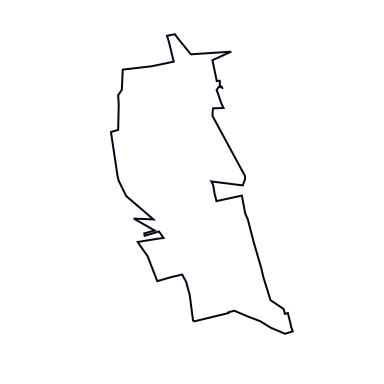 the district of Palmillas, Tamaulipas, Mexico, rotated 348°
{"feature_id": "50627088B12819325491793", "entity_name": "Palmillas", "entity_type": "district", "adm_level": 2, "iso_a3": "MEX", "parent_name": "Mexico", "parent_adm1": "Tamaulipas", "projection": "mercator", "projection_center": [-99.548, 23.265], "detail": "fine", "context": "isolated", "style": "outline", "palette": "ink", "viewbox_px": 384, "rotation_deg": 348, "n_neighbors": 0, "source": "geoboundaries", "source_scale": "gbopen_adm2", "svg_char_len": 1386}
<svg xmlns="http://www.w3.org/2000/svg" viewBox="0 0 384 384"><g transform="rotate(348 192 192)"><path d="M178.5,60.6L149.7,57.9L144.6,77.5L139.9,82.0L138.5,91.2L132.7,115.9L125.2,116.5L123.0,152.8L122.5,160.5L122.6,165.2L122.6,165.5L126.8,182.3L148.6,210.8L129.5,205.9L147.4,221.9L136.7,222.6L136.6,225.0L151.5,223.8L154.6,231.0L147.4,230.5L128.5,229.6L130.5,234.6L135.2,245.5L139.5,272.0L154.3,270.9L165.2,270.7L165.7,272.4L167.3,277.6L167.6,278.9L168.1,288.0L168.2,289.4L168.4,291.6L166.3,317.9L167.3,319.0L202.4,318.0L202.4,317.3L203.1,317.2L205.5,317.1L208.7,317.0L221.8,326.1L231.8,332.5L240.9,341.2L253.5,350.0L256.1,349.8L261.5,349.3L261.3,347.2L260.9,344.2L261.0,342.1L260.6,330.3L257.5,330.5L257.3,325.5L246.3,314.1L244.2,291.4L244.1,290.4L243.9,280.7L242.4,260.4L241.9,253.3L240.9,230.4L240.4,228.1L239.6,223.9L240.0,205.9L214.0,206.0L214.0,204.5L214.0,202.6L213.9,201.5L213.9,201.2L213.9,200.5L213.7,199.0L213.9,195.6L214.1,191.9L214.0,188.5L213.1,185.7L243.0,196.1L246.7,190.3L247.1,187.2L227.9,122.0L228.6,118.7L230.0,114.5L240.3,116.4L239.0,110.8L238.1,102.6L237.3,97.3L240.2,94.7L240.7,94.7L243.1,96.2L243.0,95.4L242.5,95.0L241.9,94.5L241.4,92.8L242.2,90.4L242.3,89.0L241.4,88.8L239.3,88.7L239.4,67.3L241.2,66.9L259.6,62.9L236.9,59.6L219.5,57.1L210.6,39.7L208.0,34.1L200.0,34.0L200.6,39.7L201.2,60.7L178.5,60.6Z" fill="none" stroke="#020617" stroke-width="2"/></g></svg>